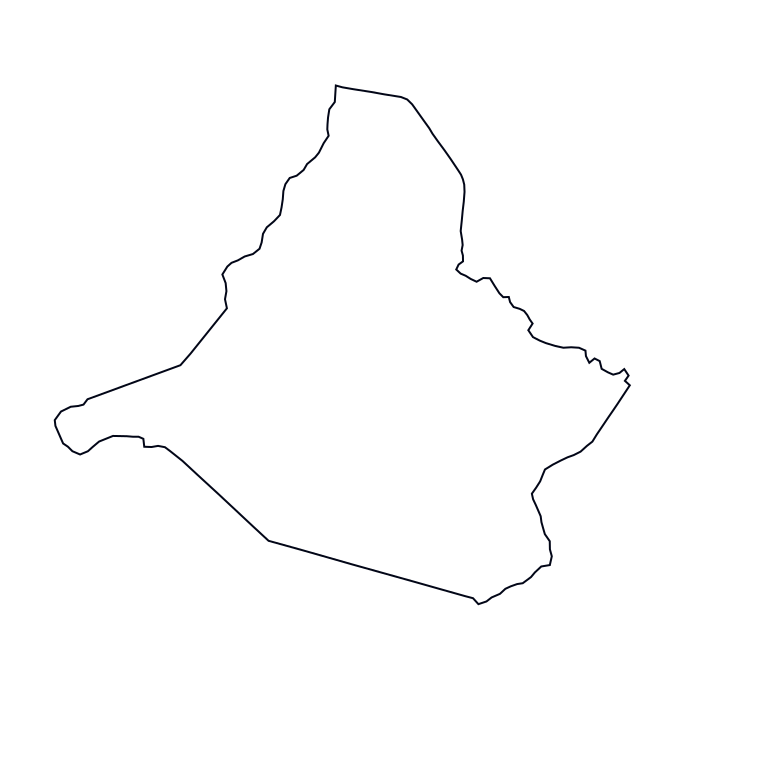 the district of Gravataí, Rio Grande do Sul, Brazil, rotated 217°
{"feature_id": "56859067B76792516798439", "entity_name": "Gravataí", "entity_type": "district", "adm_level": 2, "iso_a3": "BRA", "parent_name": "Brazil", "parent_adm1": "Rio Grande do Sul", "projection": "albers", "projection_center": [-50.95, -29.891], "detail": "fine", "context": "isolated", "style": "outline", "palette": "ink", "viewbox_px": 768, "rotation_deg": 217, "n_neighbors": 0, "source": "geoboundaries", "source_scale": "gbopen_adm2", "svg_char_len": 2290}
<svg xmlns="http://www.w3.org/2000/svg" viewBox="0 0 768 768"><g transform="rotate(217 384 384)"><path d="M394.7,529.5L398.3,534.1L402.3,537.2L404.8,542.3L408.5,546.3L414.8,552.3L420.4,561.6L425.4,569.7L430.0,577.6L435.3,585.9L439.9,591.5L444.1,594.9L448.4,597.5L453.6,599.4L466.5,603.9L476.1,607.0L487.2,610.3L496.0,613.1L501.8,615.5L510.5,618.2L529.8,624.3L536.7,625.2L543.2,623.4L558.1,615.5L570.0,609.5L585.9,601.0L595.8,595.9L602.1,593.4L593.0,579.6L593.0,570.5L589.1,563.2L585.4,557.4L582.5,553.2L577.6,548.9L577.1,540.0L575.2,529.6L575.4,523.6L577.8,513.4L577.0,506.6L579.1,497.8L583.3,491.8L583.0,484.2L580.5,477.6L576.0,470.6L572.1,463.4L568.8,456.4L569.8,447.7L571.9,438.6L571.0,431.1L566.9,423.4L564.8,417.1L566.9,408.9L572.0,402.0L575.1,394.8L578.7,389.0L579.8,383.5L579.0,374.2L571.2,369.3L565.7,363.3L562.0,356.0L555.0,349.9L556.8,291.7L557.9,276.5L611.6,193.4L611.6,186.7L614.9,182.5L620.5,177.3L625.4,167.6L625.2,157.0L621.2,152.8L604.5,143.4L598.7,143.7L592.4,142.8L584.3,144.8L580.0,152.1L578.8,158.3L576.9,166.6L569.2,179.4L558.0,187.5L552.6,190.9L548.2,194.2L543.2,195.4L537.7,189.6L531.7,193.8L527.2,198.6L520.9,201.7L514.4,201.7L498.6,201.3L478.2,199.2L450.4,196.5L402.5,191.4L381.8,189.3L348.8,202.3L301.8,220.4L241.5,244.0L214.7,254.4L191.3,263.5L184.0,266.5L176.1,265.0L171.3,272.0L169.6,278.3L165.1,286.2L163.8,293.5L161.0,298.7L157.3,304.3L153.3,308.4L150.4,318.3L150.1,324.3L148.6,332.9L142.6,339.2L146.3,347.4L152.0,351.8L157.0,358.2L165.2,360.9L170.4,364.8L175.1,368.4L179.3,372.7L189.9,378.7L195.6,381.7L199.9,385.4L200.1,392.6L200.7,400.2L202.5,406.8L204.0,412.6L200.7,421.1L196.8,429.2L193.3,435.9L189.7,441.4L186.3,448.3L184.7,456.7L182.9,463.4L183.7,471.9L184.1,480.0L184.8,493.1L185.1,500.3L185.5,508.4L186.9,530.9L193.5,531.5L193.7,537.9L201.1,540.5L202.6,534.5L206.6,529.4L212.1,528.1L219.3,527.1L225.5,532.1L231.2,531.1L232.8,524.5L239.5,527.8L243.2,531.9L250.1,530.3L256.6,526.0L262.6,520.9L270.0,517.5L279.3,514.1L285.7,512.4L293.2,511.1L301.1,513.8L301.7,521.7L306.4,523.2L311.1,525.3L316.1,526.6L320.8,525.7L326.8,523.5L332.6,525.3L336.7,528.6L341.0,525.1L346.4,525.9L354.6,528.9L363.0,532.2L368.5,528.4L371.6,521.4L377.9,520.1L383.9,519.6L389.2,518.3L395.2,518.9L396.3,524.3L394.7,529.5Z" fill="none" stroke="#020617" stroke-width="2"/></g></svg>